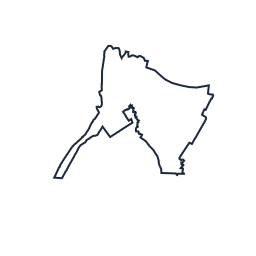 outline of Maruntei, Olt, Romania, rotated 135°
{"feature_id": "2599482B42187195394507", "entity_name": "Maruntei", "entity_type": "district", "adm_level": 2, "iso_a3": "ROU", "parent_name": "Romania", "parent_adm1": "Olt", "projection": "orthographic", "projection_center": [24.493, 44.238], "detail": "fine", "context": "isolated", "style": "outline", "palette": "slate", "viewbox_px": 256, "rotation_deg": 135, "n_neighbors": 0, "source": "geoboundaries", "source_scale": "gbopen_adm2", "svg_char_len": 5657}
<svg xmlns="http://www.w3.org/2000/svg" viewBox="0 0 256 256"><g transform="rotate(135 128 128)"><path d="M215.3,145.1L210.2,139.2L208.2,139.8L207.1,140.1L202.7,141.4L201.2,141.6L200.6,141.9L198.1,142.6L196.2,143.3L191.9,144.4L189.8,145.0L187.6,145.6L183.0,147.0L181.7,147.2L180.0,147.8L177.2,148.8L175.0,149.2L173.7,149.4L173.3,149.3L170.0,148.5L168.3,148.1L167.7,148.1L167.0,148.5L166.4,148.6L165.4,148.6L162.4,147.9L161.4,147.8L160.1,147.5L159.5,147.4L158.5,147.1L157.7,146.7L157.1,146.0L156.7,145.7L155.8,145.3L154.3,144.7L153.3,144.9L152.1,145.4L151.9,145.4L150.8,145.7L149.7,145.9L149.2,145.9L145.0,147.0L146.2,139.5L147.0,134.2L138.7,132.5L137.2,132.1L136.9,131.9L136.6,132.0L133.1,131.3L121.1,128.6L121.0,129.0L119.4,132.0L122.3,132.6L121.9,134.7L121.7,135.4L121.5,136.5L121.3,137.7L121.2,137.9L120.9,138.2L120.9,138.6L120.4,141.0L120.1,143.0L118.4,142.8L117.2,142.6L117.1,142.3L115.2,141.9L115.2,141.3L115.2,141.2L113.1,140.8L113.1,141.2L113.0,141.3L111.8,141.6L111.8,142.5L110.2,142.6L110.4,142.2L110.2,141.5L109.9,141.3L109.4,141.2L109.6,140.9L109.7,140.5L109.9,140.4L110.0,140.1L110.2,139.8L110.3,139.8L110.5,140.0L110.8,140.0L110.9,139.9L110.9,139.1L110.6,138.8L110.2,138.6L109.8,138.3L109.8,138.2L109.8,137.9L110.4,137.7L110.5,137.9L110.6,138.1L110.9,137.9L111.1,137.4L111.6,136.8L111.9,136.3L112.3,136.1L112.9,136.0L113.1,135.8L113.1,135.4L113.0,135.2L112.5,134.8L112.1,134.6L111.6,134.5L111.5,134.3L111.5,134.1L112.3,134.1L112.3,133.8L111.8,133.4L111.8,133.2L112.6,132.8L113.0,132.5L113.4,132.4L113.8,132.5L114.1,132.4L114.4,131.9L114.5,131.5L114.2,130.4L113.9,130.0L114.1,129.7L114.3,129.7L114.8,130.0L115.2,130.2L115.4,129.9L115.3,129.6L115.1,129.2L115.3,128.4L115.3,127.7L115.4,127.2L115.6,127.0L115.7,126.7L115.3,126.5L115.1,125.6L115.3,125.6L116.2,125.5L116.4,125.4L116.5,125.4L116.6,125.2L116.7,124.8L117.0,124.9L117.3,125.1L117.6,125.1L118.8,123.7L119.3,123.6L119.6,123.4L119.8,123.0L120.1,122.0L120.5,121.9L121.0,122.5L121.9,122.3L123.1,121.8L123.6,121.4L124.3,120.3L124.6,120.0L124.7,119.9L124.5,119.7L123.3,118.4L123.1,118.2L123.5,117.4L123.8,117.2L124.0,116.7L124.3,116.4L124.3,115.8L124.2,115.6L123.9,115.6L123.7,115.4L123.7,115.1L123.5,114.9L123.1,114.3L123.1,114.2L123.0,113.6L122.8,113.4L122.8,113.2L123.9,112.9L125.8,112.6L125.8,111.9L125.5,110.4L124.8,106.7L124.9,104.9L125.0,103.5L125.3,102.3L125.4,102.2L125.3,101.6L125.5,101.1L125.6,99.2L125.6,95.5L125.6,94.2L126.0,93.3L126.2,92.4L126.2,91.8L126.6,90.9L126.7,89.6L127.2,87.3L127.6,86.4L128.0,85.7L128.4,85.0L129.0,84.0L129.6,82.9L130.7,81.8L131.7,80.2L132.3,79.1L132.7,77.6L133.3,76.4L133.5,75.6L136.2,72.6L127.3,63.1L126.4,62.0L126.3,61.8L126.2,61.6L126.6,60.5L126.6,60.2L126.5,59.9L126.3,59.9L125.4,60.4L125.2,60.4L124.9,60.3L120.8,56.0L120.6,56.1L120.8,56.6L120.9,57.2L120.8,57.9L120.7,58.3L119.8,59.1L119.4,59.3L119.0,59.4L118.6,59.7L118.1,60.4L117.8,60.6L117.8,60.8L118.9,62.0L119.7,61.5L119.0,62.0L119.2,62.3L118.1,62.5L116.3,62.6L115.4,62.5L115.0,62.6L115.0,62.8L115.6,63.1L115.6,63.3L115.3,63.3L115.2,63.5L115.5,63.8L115.4,63.9L115.2,64.0L115.3,64.7L115.6,64.9L115.5,65.0L115.2,65.1L115.0,65.5L114.8,65.8L114.3,65.0L111.4,65.2L111.4,66.3L111.6,66.9L112.2,67.6L112.6,67.6L113.1,67.6L113.5,69.7L113.4,69.9L112.7,70.5L109.9,71.2L95.0,74.2L94.1,71.6L93.6,71.8L93.5,72.0L93.4,72.0L93.2,72.0L93.2,71.8L88.8,73.1L88.0,73.3L87.4,73.3L86.6,73.5L77.0,76.2L70.1,78.0L67.8,78.7L67.2,79.1L66.5,79.2L66.1,79.4L65.9,79.7L65.3,80.7L66.3,85.1L60.7,87.2L60.2,85.9L51.4,89.0L50.9,89.0L48.3,89.9L48.1,89.5L47.9,89.4L46.5,90.1L46.1,90.2L45.8,90.2L45.5,90.3L44.9,90.6L44.7,90.9L44.4,91.6L44.6,91.7L45.0,92.1L45.3,92.8L46.6,94.4L47.1,95.8L40.7,101.0L50.9,108.1L55.8,113.7L60.3,120.5L64.9,128.5L67.3,135.8L67.7,139.3L68.3,149.9L72.2,157.9L69.2,159.8L68.2,160.6L66.8,161.1L66.5,161.3L66.5,161.5L66.8,162.0L67.1,162.2L67.6,162.6L67.9,163.0L68.3,163.2L68.5,163.5L68.5,163.9L67.8,165.0L67.5,165.7L67.4,166.3L67.5,166.3L67.5,167.6L67.6,167.4L67.8,167.8L67.9,168.6L68.1,169.2L68.1,169.4L68.2,169.7L68.5,170.2L68.9,170.8L69.2,171.0L69.7,171.2L70.0,171.2L70.6,171.2L71.0,171.2L71.3,171.3L71.5,172.3L71.7,172.7L72.1,174.0L73.0,175.7L73.4,176.2L73.7,176.4L74.2,176.6L75.1,176.9L76.0,177.0L76.9,177.9L77.1,178.0L76.0,179.6L75.2,180.4L74.0,181.5L75.5,183.7L76.0,183.1L76.4,182.9L80.0,182.3L82.0,182.4L82.5,182.3L83.0,182.0L82.8,182.7L82.4,183.6L81.9,185.0L81.5,185.9L79.7,187.9L78.9,189.2L78.5,190.1L78.2,190.8L78.3,191.3L80.1,193.2L80.7,193.6L82.5,194.4L82.0,197.2L82.1,197.9L82.4,198.6L82.9,199.1L83.3,199.5L84.1,200.0L84.6,200.0L85.1,199.8L90.9,198.7L91.3,198.0L91.6,197.7L92.0,197.3L93.2,196.7L93.8,195.8L94.2,195.3L94.4,195.2L106.1,186.6L107.8,184.9L110.1,182.7L112.1,180.7L114.5,178.4L115.5,177.5L115.6,177.4L115.7,177.5L117.5,175.8L119.1,173.9L119.9,173.2L120.1,173.1L121.1,173.6L122.9,173.8L123.6,172.6L124.5,171.0L124.6,170.5L124.6,170.2L124.4,170.0L124.3,169.9L125.2,168.3L125.8,167.8L126.1,167.2L126.3,166.9L127.5,166.0L127.7,165.7L127.7,165.4L127.8,165.1L129.2,163.7L130.4,162.8L131.1,162.5L132.3,162.4L133.4,162.8L133.7,163.1L133.7,163.5L133.7,163.8L133.8,164.1L135.2,165.1L135.8,164.4L136.5,163.4L136.6,162.7L137.3,160.2L137.6,159.6L138.0,159.3L139.1,159.0L140.8,158.8L142.4,158.3L142.6,158.3L143.9,158.1L144.5,158.1L144.7,157.9L145.9,158.1L146.8,158.1L147.9,157.6L148.4,157.6L151.6,156.9L155.6,155.3L156.5,155.0L160.6,154.2L161.9,153.8L162.8,153.6L164.5,153.7L165.5,153.9L166.1,153.6L166.7,154.0L167.4,153.8L168.4,153.7L175.4,154.0L176.6,154.2L178.4,154.2L178.7,154.2L180.2,154.1L181.6,154.0L193.7,151.6L200.5,150.1L202.5,149.5L202.9,149.4L203.3,149.0L203.4,148.9L203.8,148.8L204.4,149.0L204.9,148.8L213.6,145.6L215.3,145.1Z" fill="none" stroke="#1e293b" stroke-width="2"/></g></svg>